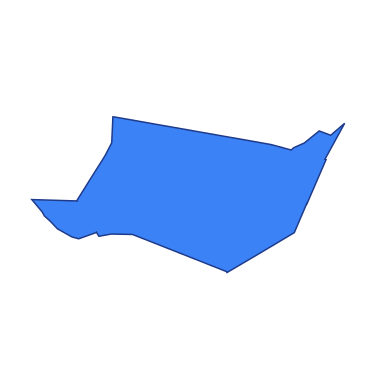 Ti Rocher, Castries, Saint Lucia, rotated 353°
{"feature_id": "8701671B9780152008483", "entity_name": "Ti Rocher", "entity_type": "district", "adm_level": 2, "iso_a3": "LCA", "parent_name": "Saint Lucia", "parent_adm1": "Castries", "projection": "mercator", "projection_center": [-60.972, 13.995], "detail": "fine", "context": "isolated", "style": "filled", "palette": "blue", "viewbox_px": 384, "rotation_deg": 353, "n_neighbors": 0, "source": "geoboundaries", "source_scale": "gbopen_adm2", "svg_char_len": 752}
<svg xmlns="http://www.w3.org/2000/svg" viewBox="0 0 384 384"><g transform="rotate(353 192 192)"><path d="M124.3,108.1L123.9,108.0L122.6,107.8L120.4,121.1L118.3,133.4L114.4,139.1L110.6,144.7L105.8,150.7L96.6,161.9L76.8,186.3L77.0,186.9L32.1,180.0L34.9,184.3L40.7,193.3L42.6,197.8L47.7,203.7L48.9,205.3L54.0,212.2L67.4,222.0L70.6,223.3L73.7,224.6L74.4,224.5L90.5,220.9L91.4,220.7L92.2,220.2L92.4,220.8L94.2,224.6L106.8,223.9L127.8,226.9L187.0,259.1L216.5,275.2L216.9,276.2L250.5,261.6L288.6,244.8L304.4,217.6L304.5,217.9L305.2,216.8L329.0,176.2L327.9,175.8L351.9,142.4L351.0,143.0L350.4,143.4L336.6,152.6L325.7,146.9L309.3,157.1L298.4,160.4L295.6,162.4L276.7,154.7L274.2,153.9L124.3,108.1Z" fill="#3b82f6" stroke="#1e3a8a" stroke-width="1.5"/></g></svg>